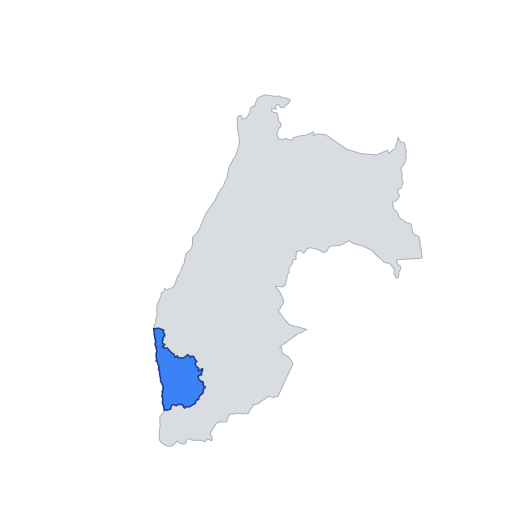 where Arequipa sits in Peru, rotated 54°
{"feature_id": "PER-570", "entity_name": "Arequipa", "entity_type": "Department", "adm_level": 1, "iso_a3": "PER", "parent_name": "Peru", "parent_adm1": "", "projection": "mercator", "projection_center": [-72.544, -15.989], "detail": "fine", "context": "in_parent", "style": "filled", "palette": "blue", "viewbox_px": 512, "rotation_deg": 54, "n_neighbors": 0, "source": "natural_earth", "source_scale": "10m", "svg_char_len": 9215}
<svg xmlns="http://www.w3.org/2000/svg" viewBox="0 0 512 512"><g transform="rotate(54 256 256)"><path d="M357.0,153.6L356.9,154.9L355.3,155.5L353.7,154.6L351.5,154.9L348.2,151.9L340.3,152.3L336.8,155.9L331.6,156.7L325.9,158.3L319.4,159.0L309.2,164.6L306.9,167.0L302.3,170.3L298.5,171.4L296.7,181.7L293.0,187.7L291.5,191.0L293.6,196.0L293.5,198.4L291.4,200.4L289.7,200.6L286.3,202.7L281.1,207.3L280.2,210.8L281.8,215.5L281.3,216.0L277.0,216.9L277.1,219.4L276.2,220.4L279.8,224.1L281.8,225.0L282.0,225.9L281.6,226.9L280.8,227.3L280.7,228.1L283.3,230.9L285.3,236.4L289.0,239.1L289.1,240.9L290.2,242.6L292.2,244.0L296.8,249.5L296.9,252.1L292.1,258.0L300.0,258.0L308.7,260.0L309.9,260.9L311.0,263.6L311.1,265.4L312.8,266.8L312.6,270.0L324.1,270.1L331.5,269.3L343.6,259.3L345.5,258.5L344.5,260.7L344.3,262.2L345.0,263.9L343.6,266.4L343.5,290.5L345.6,289.2L348.5,291.5L350.5,291.6L357.1,288.9L364.8,289.3L382.6,321.0L381.1,323.2L381.2,324.8L379.0,326.2L376.8,328.8L376.7,341.5L374.9,345.3L375.9,347.3L376.9,351.3L378.5,353.8L378.9,355.3L378.7,355.9L376.3,357.3L376.1,359.6L371.6,364.2L370.8,367.3L369.1,368.3L368.8,371.7L372.9,377.4L370.3,380.8L367.9,385.8L372.0,396.4L373.7,397.9L375.4,397.8L378.1,398.8L379.5,400.3L376.2,402.3L375.7,403.2L375.9,406.7L372.3,409.3L367.6,416.0L366.3,416.4L363.8,418.4L363.4,419.4L363.8,420.3L365.9,422.3L366.1,424.8L362.6,427.8L360.2,428.1L359.3,428.9L360.3,433.1L360.3,435.0L359.5,437.1L357.8,439.5L352.6,442.0L347.9,442.4L340.0,436.3L337.5,433.7L329.6,428.5L328.3,423.0L325.6,420.3L320.8,418.3L316.9,415.5L314.1,414.2L306.9,408.1L300.4,406.1L288.3,399.6L281.7,397.5L273.3,391.5L268.8,389.8L265.1,387.0L254.1,381.1L252.4,379.2L250.7,376.2L248.3,374.5L245.5,370.4L241.4,368.1L237.5,364.9L232.7,356.5L230.4,354.6L230.3,350.8L228.7,349.0L231.0,347.8L232.5,341.8L231.7,338.9L226.1,330.9L225.1,327.6L221.0,321.5L219.5,317.9L216.3,315.2L214.9,312.9L213.1,312.0L213.0,309.2L211.8,303.9L210.0,301.2L203.5,296.2L202.9,290.8L201.4,287.0L192.4,271.8L187.2,257.2L182.9,249.1L181.0,244.4L180.9,241.9L177.6,237.6L175.9,233.7L168.6,226.1L164.3,217.7L163.8,215.2L160.9,210.6L156.2,204.6L153.9,202.1L139.9,194.7L133.3,190.2L132.5,187.9L132.8,186.5L134.3,185.3L136.3,186.3L137.5,185.9L138.4,184.2L138.5,181.7L137.2,178.5L132.7,172.3L133.9,169.5L129.4,162.3L130.4,155.3L131.4,153.6L138.3,146.5L140.1,143.5L143.0,141.6L146.0,138.8L149.6,136.6L150.6,137.3L151.7,141.1L151.5,143.6L152.5,146.4L150.0,149.0L147.4,148.4L146.3,149.1L145.9,150.3L146.3,152.2L147.0,153.0L149.1,153.0L146.3,156.8L146.5,157.5L148.4,158.2L150.2,157.2L152.2,155.1L153.3,154.8L160.2,158.4L163.4,158.0L165.8,159.7L166.1,162.3L169.5,167.5L174.6,168.8L175.5,168.3L176.6,166.4L177.8,166.1L178.0,163.2L182.4,160.2L183.1,158.1L182.4,156.6L182.6,155.4L185.1,148.6L186.0,147.9L186.7,145.7L187.8,144.4L189.2,136.8L190.5,136.8L191.6,138.6L193.0,138.1L192.3,136.4L192.5,135.8L197.4,129.7L198.9,128.4L222.6,120.0L234.4,111.4L244.8,99.4L248.0,87.2L249.2,88.1L251.2,87.8L250.5,82.9L251.0,80.5L250.9,79.8L247.7,76.9L246.4,73.7L243.6,71.9L243.7,71.2L246.7,71.9L249.4,71.6L251.7,69.6L253.4,69.7L257.3,72.5L260.2,72.7L261.1,74.7L263.9,76.1L267.9,80.3L269.7,84.9L269.5,85.8L271.3,88.1L275.2,89.3L279.0,92.7L283.0,93.7L284.7,96.8L285.8,97.7L286.4,99.5L285.7,101.5L286.3,102.6L289.3,104.4L291.8,104.5L292.3,105.4L293.7,110.4L292.8,112.9L293.2,114.3L296.5,115.6L297.4,116.7L300.0,116.9L303.8,115.8L308.4,117.4L311.9,116.8L313.5,116.4L315.2,115.3L316.6,115.3L320.2,112.1L321.2,111.8L325.1,113.3L328.4,115.5L332.4,115.0L334.0,113.7L336.9,112.9L342.2,115.6L343.3,116.9L344.8,117.1L350.4,119.8L351.4,120.9L354.4,122.0L355.0,122.8L354.8,123.8L341.6,144.5L345.7,146.2L349.5,145.1L351.5,146.5L353.0,149.9L356.0,152.1L357.0,153.6Z" fill="#d9dde1" stroke="#a8b0b8" stroke-width="1"/><path d="M326.5,420.8L326.3,420.4L326.0,420.1L325.7,420.0L324.9,419.9L324.4,419.7L324.2,419.6L323.9,419.3L323.6,419.1L320.1,418.2L319.4,417.8L318.7,417.3L317.8,416.2L317.3,415.7L316.2,415.1L315.8,414.9L315.3,414.8L314.1,414.7L313.9,414.6L313.8,414.4L313.8,413.9L313.8,413.7L313.5,413.4L312.7,413.0L312.5,412.8L312.3,412.4L311.9,412.2L310.9,412.0L310.4,411.7L310.3,411.3L310.3,410.9L310.1,410.5L309.0,409.2L308.6,408.9L308.3,408.8L308.2,408.8L307.8,408.6L307.6,408.3L307.5,408.2L307.3,408.2L307.1,408.1L306.7,407.8L306.5,407.7L305.7,407.6L304.5,407.0L302.4,407.1L300.6,406.4L298.5,404.9L295.1,403.6L294.4,402.9L293.5,402.4L292.8,401.9L292.4,401.8L291.6,401.8L291.2,401.7L290.9,401.5L290.7,401.4L290.3,401.5L290.2,401.3L289.9,400.4L289.7,400.2L289.0,400.0L287.8,399.4L286.6,399.1L284.3,398.3L282.7,398.0L282.2,398.4L282.2,397.9L281.9,397.6L281.7,397.4L280.8,397.0L279.4,396.3L278.8,396.0L277.6,395.1L276.2,394.1L275.6,393.5L275.6,393.3L275.7,393.1L275.5,392.7L275.3,392.5L274.7,392.2L273.0,391.2L272.7,391.1L271.8,391.0L271.5,390.8L271.2,390.5L271.2,390.3L270.9,390.1L270.4,390.0L269.7,390.1L269.0,389.9L268.3,389.7L267.4,389.1L267.3,388.6L267.2,388.4L267.1,388.2L267.1,387.9L267.0,387.6L266.5,387.4L265.5,387.1L262.6,385.8L261.2,385.1L259.3,384.3L258.8,383.7L256.6,382.5L256.1,382.1L255.8,382.0L255.5,382.0L255.4,382.1L255.2,382.1L254.9,381.8L254.7,381.6L255.8,379.8L256.0,379.5L256.1,379.1L256.2,378.8L257.0,377.5L257.5,377.0L261.7,374.3L261.7,374.6L261.8,374.8L261.8,375.0L262.0,375.1L262.2,375.3L262.7,375.5L264.3,375.7L265.8,376.3L266.5,376.4L266.7,376.5L266.9,376.6L266.9,376.8L266.9,377.0L266.8,377.5L267.0,377.9L267.5,378.6L267.7,379.0L267.8,379.4L267.8,379.6L268.0,379.8L268.2,380.0L269.0,380.3L269.4,380.5L269.4,381.0L269.5,381.4L269.6,381.5L270.3,382.3L270.5,382.4L270.6,382.5L270.8,382.6L271.3,382.7L271.7,382.8L271.9,382.8L272.1,382.7L272.6,382.5L273.1,382.3L273.6,381.9L273.8,381.8L274.0,381.8L274.1,382.0L274.2,382.8L274.3,382.9L274.4,383.1L274.5,383.2L274.6,383.3L274.6,383.6L274.5,384.5L274.5,384.9L274.6,385.1L274.8,385.1L275.1,385.1L276.6,384.3L276.8,384.1L277.0,383.9L277.2,383.3L278.0,382.1L278.2,381.9L278.4,381.8L278.8,381.7L280.9,381.7L283.0,381.4L283.9,381.4L284.8,381.2L287.1,380.1L287.7,380.3L287.9,380.4L288.3,380.5L289.8,380.7L290.6,380.7L290.5,380.1L290.4,379.2L290.5,378.6L290.8,378.4L291.0,378.4L291.5,378.4L291.9,378.5L292.5,378.7L292.8,378.7L293.0,378.6L293.4,378.1L294.0,376.9L294.2,376.6L295.3,375.5L295.6,375.2L295.8,374.4L295.9,373.3L296.0,372.5L296.1,372.2L296.1,371.7L296.0,371.4L295.7,371.1L295.6,370.6L295.7,369.7L295.8,369.5L296.0,369.2L296.3,368.9L296.5,368.8L296.9,368.6L297.1,368.6L297.4,368.6L298.3,368.7L298.5,368.7L298.8,368.6L299.2,368.5L299.4,368.4L299.5,368.3L299.5,368.1L299.4,367.6L299.3,367.0L299.8,366.2L300.3,365.7L300.7,365.5L301.0,365.5L301.4,365.6L301.6,365.7L301.8,365.8L302.1,365.9L302.4,366.0L303.0,365.9L303.4,365.9L303.7,366.0L303.9,366.1L304.1,366.2L304.5,366.3L304.9,366.2L306.5,365.8L306.5,366.1L306.4,366.5L306.5,366.9L306.6,367.1L307.8,368.7L308.3,369.0L309.6,369.3L310.9,368.9L311.5,368.9L312.0,368.8L312.4,368.6L312.9,368.4L313.1,368.3L313.3,368.4L313.5,368.5L313.8,368.8L314.0,369.4L314.1,369.6L314.2,369.8L314.3,370.0L314.5,370.1L314.9,370.0L315.4,369.3L315.5,369.1L315.5,368.9L315.5,368.6L315.8,368.2L315.8,367.6L315.8,367.4L315.7,367.2L315.4,366.6L315.4,366.2L315.5,365.9L315.7,365.7L315.9,365.6L316.0,365.7L316.3,365.8L316.5,365.9L316.9,366.3L317.9,367.7L318.2,368.2L318.5,368.9L318.6,369.1L318.9,369.4L319.2,369.5L319.6,369.6L319.9,369.7L320.1,369.7L320.2,369.9L320.1,370.1L320.1,370.3L319.9,370.4L319.8,370.6L319.4,370.8L319.1,371.0L319.1,371.3L319.3,372.3L319.3,372.5L319.3,372.8L319.1,373.2L319.0,373.4L319.3,373.7L319.8,373.9L322.3,374.6L322.5,374.7L322.8,374.8L323.1,374.8L323.7,374.4L324.0,374.3L324.2,374.2L324.6,374.1L324.9,374.1L325.3,374.2L325.6,374.2L325.8,374.1L326.0,374.0L326.2,373.9L326.2,373.7L326.1,373.3L326.0,373.1L326.2,372.9L326.4,372.9L327.1,373.4L327.4,373.5L327.8,373.4L328.1,373.5L328.4,373.7L329.6,374.7L329.8,374.9L330.1,375.0L330.3,374.9L330.5,374.8L331.0,374.3L331.2,374.1L331.4,374.0L331.6,374.0L331.8,374.0L332.0,374.0L332.3,374.2L332.5,374.4L332.7,374.6L332.8,375.0L332.8,375.5L332.8,376.0L332.7,376.8L332.7,377.0L332.9,377.2L333.2,377.4L333.7,377.6L334.1,377.7L334.6,378.2L334.9,378.5L335.4,379.1L335.7,379.4L335.8,380.1L335.7,381.5L335.7,381.8L335.8,382.1L336.1,382.5L336.1,382.9L336.0,383.1L336.0,383.8L336.0,384.1L336.1,384.3L336.7,385.1L337.0,385.4L337.8,386.1L338.0,386.3L338.2,386.6L338.3,386.9L338.2,387.2L338.2,387.4L337.6,388.3L337.6,388.6L337.6,388.8L337.6,389.0L337.8,389.2L337.9,389.4L338.1,389.7L338.4,390.4L338.6,390.8L339.5,391.4L339.6,391.9L339.5,392.4L339.3,393.0L339.0,397.6L338.8,398.8L338.3,399.4L337.4,400.3L337.3,400.5L337.1,400.8L337.0,401.0L337.0,401.4L337.2,402.0L337.3,402.3L337.2,402.7L337.1,402.9L336.9,403.1L336.3,403.4L336.1,403.4L335.8,403.3L335.6,403.0L335.4,402.9L335.2,402.8L334.6,403.0L334.3,403.0L333.6,403.0L333.4,403.1L332.4,403.5L332.2,403.7L331.9,404.0L330.9,405.5L330.3,406.1L330.2,406.3L330.1,406.6L330.3,407.5L330.3,407.8L330.2,408.4L330.2,408.6L330.0,408.8L329.9,408.9L329.2,409.1L328.7,409.4L327.7,410.3L327.5,410.5L327.3,410.9L327.3,411.2L327.3,411.4L327.3,411.8L327.5,412.3L327.9,413.0L328.1,413.7L329.4,414.7L329.5,414.9L329.7,415.1L329.6,415.3L329.4,415.6L328.9,417.5L328.8,417.8L328.2,418.5L328.0,418.9L327.8,419.6L327.6,420.0L327.3,420.3L326.5,420.8L326.5,420.8Z" fill="#3b82f6" stroke="#1e3a8a" stroke-width="1.5"/></g></svg>